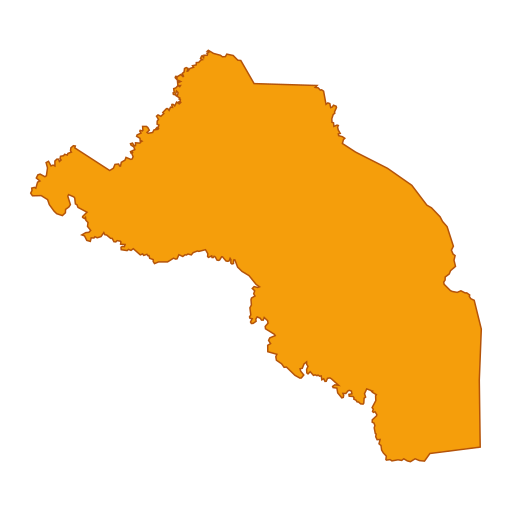 Cavally, Cavally, Ivory Coast
{"feature_id": "98640826B42717034718743", "entity_name": "Cavally", "entity_type": "district", "adm_level": 2, "iso_a3": "CIV", "parent_name": "Ivory Coast", "parent_adm1": "Cavally", "projection": "mercator", "projection_center": [-7.871, 6.299], "detail": "fine", "context": "isolated", "style": "filled", "palette": "amber", "viewbox_px": 512, "rotation_deg": 0, "n_neighbors": 0, "source": "geoboundaries", "source_scale": "gbopen_adm2", "svg_char_len": 5983}
<svg xmlns="http://www.w3.org/2000/svg" viewBox="0 0 512 512"><path d="M208.3,50.3L207.3,51.2L208.7,51.4L208.9,52.2L206.9,53.2L207.6,54.0L207.2,55.3L203.9,55.2L203.6,57.5L202.2,55.7L201.6,56.1L200.5,58.5L202.3,59.7L201.0,60.0L198.7,62.4L196.3,62.6L196.2,64.9L192.5,65.7L193.6,67.3L190.0,68.4L187.9,71.1L187.2,71.2L188.0,68.4L186.2,67.6L184.5,68.5L184.1,71.9L182.2,73.5L183.5,76.2L183.0,76.6L180.8,74.5L177.7,76.5L175.6,76.4L175.2,77.7L176.1,78.7L176.9,77.7L177.0,79.8L180.7,81.5L179.0,82.3L178.6,81.0L177.5,81.4L177.8,84.9L179.0,85.8L180.4,85.6L179.7,86.7L177.9,85.6L175.8,87.9L173.7,88.6L174.2,92.6L173.1,92.9L173.4,94.4L175.4,94.9L176.5,91.0L178.0,92.5L177.9,93.9L177.4,95.3L176.3,95.0L176.1,95.7L179.9,98.1L179.1,99.0L180.4,99.7L180.1,101.2L178.3,102.2L179.5,102.9L181.3,101.9L179.2,103.9L176.6,102.1L174.7,105.9L173.4,104.5L172.1,104.3L171.7,104.9L172.5,107.4L170.5,107.2L169.1,110.4L167.7,108.6L166.5,108.6L162.8,112.5L163.8,113.6L160.9,116.3L158.0,114.9L156.5,116.2L158.5,119.4L157.2,121.1L157.1,124.2L158.9,125.0L158.3,127.2L157.1,127.3L156.2,128.4L158.3,128.7L157.8,129.4L154.0,129.9L152.6,132.5L148.2,133.3L147.0,132.4L149.3,130.2L147.8,127.5L146.4,126.4L142.6,126.4L142.9,130.2L142.4,130.9L140.2,130.3L139.8,131.1L141.0,133.1L137.1,134.9L136.6,136.3L140.0,138.3L140.1,140.1L142.0,141.2L141.3,141.6L140.2,140.6L140.4,142.6L139.8,143.1L135.5,142.8L135.5,145.6L134.2,145.8L132.5,143.1L130.5,143.7L130.9,145.0L133.8,146.9L134.8,149.6L130.5,151.6L131.0,153.0L133.0,152.0L131.8,153.5L133.1,156.7L132.2,158.9L130.9,159.4L126.0,157.4L125.0,160.1L121.3,162.3L120.5,166.1L119.7,166.1L118.6,164.0L115.0,164.4L113.4,168.2L109.7,170.5L74.8,147.9L75.3,146.0L73.4,145.7L70.9,147.8L70.5,150.7L71.4,152.1L67.9,153.4L67.3,155.0L64.6,154.3L63.6,155.7L60.5,156.3L60.1,158.5L61.1,160.0L59.4,161.5L58.6,159.2L56.9,159.1L54.9,161.0L54.9,166.0L53.1,165.1L51.0,165.9L48.5,161.3L46.1,162.6L47.5,167.9L46.4,175.7L44.9,176.7L40.1,174.1L37.9,174.8L36.3,178.0L39.9,181.0L37.6,182.1L35.8,188.2L34.4,187.4L31.7,188.1L32.0,190.5L30.7,193.1L31.6,194.6L32.5,195.8L41.2,195.6L47.6,199.6L49.3,204.6L54.1,211.2L56.7,213.7L62.4,215.6L65.4,212.8L65.6,209.4L68.9,207.0L70.4,204.6L67.8,196.2L68.6,194.6L73.8,196.9L74.7,198.0L75.4,203.9L76.9,204.7L78.0,207.4L87.0,212.2L82.6,216.5L82.6,217.4L84.5,218.6L85.5,217.4L85.9,220.3L88.0,222.5L87.5,226.4L90.7,230.4L88.9,232.3L85.8,232.6L81.8,234.9L84.5,235.9L86.8,240.4L90.3,241.4L91.2,237.9L94.0,238.0L94.9,236.7L97.2,237.8L101.0,236.6L103.8,232.6L104.8,234.7L106.6,235.0L110.7,238.4L112.2,238.4L113.9,241.7L115.8,241.9L117.1,240.6L120.3,241.2L120.9,241.9L120.6,244.2L125.1,244.5L124.4,246.6L122.2,246.5L121.0,247.3L121.2,249.7L127.1,250.6L128.5,249.4L131.0,250.4L133.3,248.7L140.3,254.9L142.6,253.9L143.7,255.4L146.9,254.3L147.9,255.7L148.9,255.6L149.7,258.3L153.2,259.6L153.2,261.5L154.5,263.6L158.6,261.9L167.6,261.9L173.5,258.2L175.7,259.1L177.1,258.8L178.9,254.7L182.8,256.5L185.0,254.8L186.4,255.0L188.0,254.0L191.3,254.9L193.2,252.6L197.4,251.0L198.8,251.4L205.5,249.7L207.8,253.7L207.6,256.5L208.5,257.4L211.7,255.9L212.0,257.5L213.1,257.6L214.1,256.3L215.3,257.0L217.0,260.1L218.5,260.4L219.6,260.0L221.7,256.7L222.5,256.8L226.0,261.0L227.8,261.3L229.1,260.9L230.1,258.3L230.9,259.5L230.8,263.0L232.0,264.0L233.5,263.5L233.5,261.0L234.0,259.7L234.9,259.9L237.6,267.1L242.0,271.4L249.0,275.6L256.1,284.4L259.5,286.8L257.7,287.5L254.1,286.6L252.3,288.5L254.7,290.8L253.7,293.8L255.0,296.0L251.5,298.0L251.0,299.6L251.4,305.0L249.9,307.8L250.8,314.9L249.5,316.9L250.0,318.3L252.2,318.7L250.5,322.0L251.4,323.5L253.1,323.4L256.1,321.3L255.8,319.1L257.2,316.9L260.2,318.2L261.5,320.1L263.3,320.1L264.2,317.5L267.6,320.7L268.0,323.2L265.2,326.4L265.5,328.8L274.4,334.3L275.2,335.6L269.9,337.8L269.1,339.2L268.6,340.5L270.6,343.6L267.7,345.3L267.8,351.7L276.9,354.3L275.8,356.7L276.4,360.2L281.6,363.8L284.1,367.3L286.5,367.1L294.9,375.3L299.9,378.1L301.3,378.0L303.8,375.0L300.7,371.2L300.0,368.8L302.3,368.3L304.0,364.0L306.6,361.9L306.7,364.4L308.0,366.3L306.6,369.4L306.8,372.9L308.0,373.9L310.2,371.7L313.5,375.4L315.1,374.8L317.0,375.7L318.0,375.1L319.7,376.2L321.2,375.9L321.8,379.8L323.7,378.8L325.0,381.4L326.2,381.3L327.5,378.3L329.9,377.9L331.5,378.9L338.6,385.3L334.8,384.8L332.6,386.4L333.1,387.6L336.9,388.1L337.7,392.9L341.8,397.9L343.3,397.4L343.7,395.2L342.9,393.4L345.8,393.5L348.3,390.6L349.6,390.4L351.4,391.1L351.9,393.8L348.9,394.4L349.2,396.2L353.0,396.5L354.0,397.7L353.8,399.1L356.0,400.2L357.1,401.9L358.5,402.0L360.7,403.9L363.1,404.1L363.8,403.1L364.1,398.2L365.6,397.1L364.5,393.7L366.7,388.9L371.0,390.5L371.6,391.5L372.6,391.1L372.6,392.4L376.4,394.7L375.6,395.8L375.8,400.6L372.1,407.6L373.3,409.2L372.5,411.4L373.4,412.4L375.0,411.7L376.8,414.5L376.6,415.8L372.3,419.8L372.2,422.2L374.0,423.1L374.9,425.6L374.2,427.8L375.3,433.5L376.2,434.1L375.7,436.7L377.1,439.7L380.1,439.5L379.0,443.8L381.0,445.5L381.6,450.0L383.4,453.0L386.3,456.1L385.9,459.5L386.4,460.1L390.1,459.6L391.9,460.9L398.0,459.8L401.7,460.4L403.8,458.8L407.3,460.9L410.4,461.7L415.1,458.8L419.5,460.6L424.5,461.1L429.9,453.5L480.2,447.1L479.3,380.1L481.3,329.1L474.2,300.3L470.8,298.7L469.3,296.4L469.7,295.0L466.8,292.9L465.1,292.9L460.9,290.8L457.2,292.4L452.1,291.4L450.3,290.5L444.1,284.3L443.7,282.1L445.1,280.0L445.2,277.0L449.2,274.0L450.6,270.6L455.5,266.4L454.0,260.2L455.1,255.6L453.1,254.1L451.4,250.2L453.4,246.2L447.1,226.7L442.5,221.4L440.1,216.8L431.5,207.8L426.9,205.2L411.8,185.3L387.5,168.3L355.6,152.1L342.4,143.5L343.4,139.7L344.8,138.3L342.4,136.7L338.6,135.6L338.3,133.9L340.2,133.4L338.2,129.9L337.6,127.1L338.3,125.5L337.0,125.1L333.9,126.4L333.5,122.8L332.0,122.3L331.8,118.8L333.2,114.5L334.8,113.2L334.5,112.0L336.5,107.5L336.1,106.2L333.5,105.2L332.2,107.1L330.7,107.6L329.8,103.6L327.8,102.9L326.0,104.3L323.6,91.2L321.6,89.8L320.3,90.1L318.1,87.8L315.2,87.4L317.0,85.5L254.1,83.6L240.8,60.5L237.8,60.2L233.2,55.5L226.8,54.1L225.4,56.6L222.4,56.8L220.5,55.3L213.5,53.4L208.3,50.3Z" fill="#f59e0b" stroke="#b45309" stroke-width="1.5"/></svg>